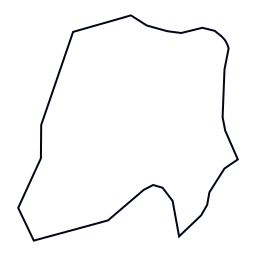 an SVG outline of Mozirje
{"feature_id": "SVN-973", "entity_name": "Mozirje", "entity_type": "Municipality", "adm_level": 1, "iso_a3": "SVN", "parent_name": "Slovenia", "parent_adm1": "", "projection": "orthographic", "projection_center": [14.959, 46.351], "detail": "fine", "context": "isolated", "style": "outline", "palette": "ink", "viewbox_px": 256, "rotation_deg": 0, "n_neighbors": 0, "source": "natural_earth", "source_scale": "10m", "svg_char_len": 469}
<svg xmlns="http://www.w3.org/2000/svg" viewBox="0 0 256 256"><path d="M18.2,207.9L40.9,158.3L41.2,125.0L73.1,31.9L130.9,15.4L146.8,25.5L167.3,31.2L181.2,33.0L202.4,27.8L214.6,30.8L221.3,36.1L225.0,40.1L227.6,45.1L228.6,48.5L224.5,69.4L222.6,117.2L225.2,130.6L237.8,159.4L224.5,168.5L209.4,192.3L207.2,204.8L201.2,215.3L179.1,236.4L172.6,200.9L162.5,187.7L153.1,185.0L143.7,189.9L108.0,220.4L33.8,240.6L18.2,207.9Z" fill="none" stroke="#020617" stroke-width="2"/></svg>